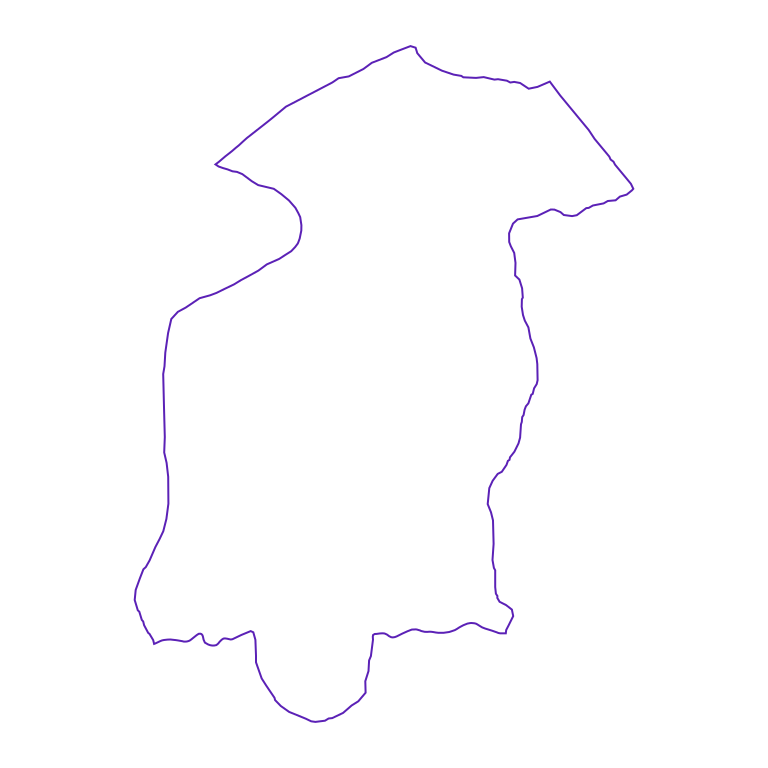 outline of San Agustín Acasaguastlán, El Progreso, Guatemala
{"feature_id": "79465075B82802507944465", "entity_name": "San Agustín Acasaguastlán", "entity_type": "district", "adm_level": 2, "iso_a3": "GTM", "parent_name": "Guatemala", "parent_adm1": "El Progreso", "projection": "robinson", "projection_center": [-89.983, 15.017], "detail": "fine", "context": "isolated", "style": "outline", "palette": "violet", "viewbox_px": 768, "rotation_deg": 0, "n_neighbors": 0, "source": "geoboundaries", "source_scale": "gbopen_adm2", "svg_char_len": 3962}
<svg xmlns="http://www.w3.org/2000/svg" viewBox="0 0 768 768"><path d="M505.8,633.3L506.2,630.0L508.6,625.4L513.2,616.1L511.9,609.6L506.1,605.1L499.6,601.8L497.3,597.9L497.4,596.0L495.9,593.7L495.2,587.1L495.2,570.3L493.9,567.9L492.5,560.0L493.6,543.9L493.0,520.4L491.0,512.3L487.7,504.1L489.3,488.1L492.7,480.7L497.7,473.9L501.8,471.8L506.5,464.9L507.9,460.9L509.5,459.8L510.0,457.3L514.4,451.7L518.5,443.4L520.1,437.6L521.0,424.3L521.8,421.9L522.2,417.1L523.6,415.0L524.6,409.7L525.9,406.3L528.4,403.3L531.3,394.7L532.7,393.9L534.1,388.3L536.7,384.1L537.6,380.2L537.3,364.1L536.6,358.1L533.9,347.4L530.4,338.5L528.4,327.4L524.8,320.6L523.0,315.0L521.7,306.7L521.9,299.2L522.8,297.6L522.1,288.3L519.4,279.6L515.1,275.5L515.5,262.9L514.2,252.9L510.8,246.2L509.2,242.0L509.1,233.3L513.0,223.6L517.6,219.4L537.3,216.0L550.8,209.5L554.4,209.6L560.5,212.1L563.8,215.0L572.1,216.1L576.8,215.2L586.3,208.1L588.7,207.9L592.9,205.5L603.6,203.4L607.8,201.0L615.6,200.3L619.9,196.6L626.7,194.6L632.0,190.3L633.3,188.8L630.9,183.8L615.0,164.6L613.5,161.7L610.6,159.5L609.3,156.6L594.6,138.9L588.7,130.0L560.2,95.5L549.8,81.6L537.5,86.9L528.7,88.7L520.1,83.0L514.2,81.9L510.3,82.5L506.9,80.7L498.0,79.2L494.4,79.6L483.7,77.1L476.0,77.9L463.3,77.3L461.3,75.9L453.6,74.6L442.0,70.7L425.1,62.5L417.3,53.2L415.6,47.7L410.5,46.1L400.5,49.9L393.8,52.5L386.5,57.1L371.8,62.8L363.4,69.0L348.8,76.4L338.6,78.2L333.5,81.7L332.1,82.6L285.9,106.7L272.9,117.5L267.7,121.7L246.9,138.0L243.0,141.5L238.8,145.4L235.7,147.9L232.0,151.1L225.5,156.2L218.8,161.9L215.5,164.4L218.6,166.5L222.8,168.0L227.6,169.4L232.5,171.3L237.0,171.9L242.3,174.1L251.8,181.2L258.2,185.1L273.8,188.8L281.4,194.2L289.0,200.5L295.4,207.8L298.3,213.1L300.2,217.1L301.4,225.2L301.3,230.6L299.7,238.5L298.3,242.3L297.8,243.5L295.1,247.1L291.2,251.2L285.2,255.0L279.2,258.9L266.8,264.4L258.4,270.6L248.3,276.2L241.0,280.1L234.0,284.4L224.6,288.9L216.5,292.9L210.1,295.3L199.6,298.2L185.7,307.6L177.9,311.8L171.3,319.0L168.1,333.0L165.3,352.6L164.5,366.3L163.2,374.0L164.0,407.2L164.8,437.1L164.2,452.5L166.6,462.9L168.2,476.8L168.4,503.7L166.4,518.9L163.3,531.2L159.5,539.2L155.4,547.0L149.6,560.4L145.8,567.1L143.4,569.3L139.9,578.3L135.7,589.9L134.7,600.0L137.8,610.3L139.3,611.7L141.8,619.9L143.2,621.5L144.1,625.2L148.2,632.9L149.5,633.9L153.2,640.1L154.1,643.9L155.2,643.5L158.2,642.1L160.5,641.0L162.1,640.4L164.0,640.0L167.6,639.6L170.5,639.5L173.0,639.8L175.8,640.1L177.8,640.4L182.3,641.2L183.9,641.6L185.3,641.6L186.8,641.5L188.7,641.0L189.8,640.5L191.2,639.5L193.7,637.5L196.7,635.1L198.7,633.8L200.4,633.7L201.5,634.1L202.5,635.3L203.0,636.9L203.6,639.7L204.9,642.6L208.2,644.5L210.2,645.2L212.0,645.5L214.3,645.5L216.3,645.1L217.6,644.1L218.5,643.2L219.5,641.9L221.7,639.7L223.4,638.6L224.9,638.4L227.1,638.7L229.3,639.2L230.8,639.5L232.5,639.2L241.5,634.9L250.7,631.1L253.3,632.3L255.4,639.8L256.0,655.6L256.0,662.3L257.4,666.3L261.7,678.5L266.1,685.4L269.0,689.7L274.5,697.8L275.1,700.1L280.8,706.0L289.1,711.9L305.8,718.7L311.2,721.3L315.4,721.9L325.0,720.7L328.6,718.5L332.2,718.1L343.1,712.9L351.6,705.5L358.3,701.3L365.6,692.7L365.3,681.2L368.5,671.1L369.1,660.4L370.9,656.1L373.0,639.6L372.9,638.4L372.8,636.6L373.1,635.0L374.7,634.0L376.7,633.9L378.1,633.7L379.5,633.5L380.8,633.4L382.7,633.3L384.6,633.5L386.2,634.2L387.2,634.7L389.0,636.1L391.2,637.2L392.8,637.4L394.8,637.1L396.7,636.4L402.3,633.6L407.6,631.2L408.7,630.8L410.4,630.1L412.1,629.5L413.4,629.5L415.6,629.4L416.8,629.5L418.1,629.9L419.9,630.4L421.2,631.0L424.6,631.8L427.0,631.9L429.7,631.7L431.5,631.8L433.6,632.1L435.8,632.5L438.3,632.8L440.5,632.8L443.6,632.8L449.2,632.0L451.4,631.3L454.9,630.1L457.0,628.9L459.3,627.4L461.3,626.3L463.4,625.2L467.4,623.6L470.0,623.1L471.3,623.0L472.6,623.1L474.6,623.3L476.3,623.8L477.8,624.7L479.7,625.9L482.2,627.4L483.5,627.9L485.3,628.6L487.3,629.2L492.1,630.7L494.1,631.4L496.7,632.3L498.4,633.0L500.0,633.3L502.0,633.3L505.8,633.3Z" fill="none" stroke="#5b21b6" stroke-width="2"/></svg>